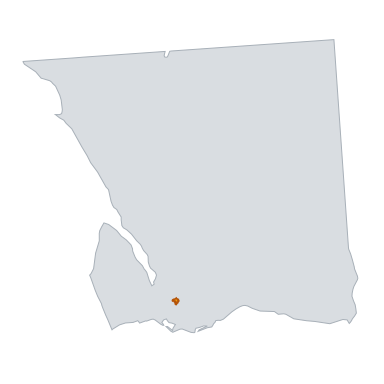 Abu Hammad, Ash Sharqiyah, Egypt shown in context, rotated 176°
{"feature_id": "37247803B30253280006981", "entity_name": "Abu Hammad", "entity_type": "district", "adm_level": 2, "iso_a3": "EGY", "parent_name": "Egypt", "parent_adm1": "Ash Sharqiyah", "projection": "mercator", "projection_center": [31.677, 30.543], "detail": "fine", "context": "in_parent", "style": "filled", "palette": "amber", "viewbox_px": 384, "rotation_deg": 176, "n_neighbors": 0, "source": "geoboundaries", "source_scale": "gbopen_adm2", "svg_char_len": 4253}
<svg xmlns="http://www.w3.org/2000/svg" viewBox="0 0 384 384"><g transform="rotate(176 192 192)"><path d="M351.4,334.0L342.8,334.0L334.2,334.0L325.6,334.0L317.0,334.0L308.4,334.0L299.8,334.0L291.2,334.1L282.6,334.1L274.1,334.1L265.5,334.1L256.9,334.1L248.3,334.1L239.7,334.1L231.1,334.1L222.5,334.1L213.9,334.1L209.0,334.1L209.8,331.6L210.3,329.8L209.7,328.5L208.1,328.2L207.0,328.6L204.4,333.9L203.1,334.1L200.0,334.1L190.0,334.1L180.0,334.1L170.0,334.1L160.0,334.1L149.9,334.1L139.9,334.1L129.9,334.1L119.9,334.1L109.9,334.1L99.9,334.1L89.9,334.1L79.9,334.1L69.9,334.1L59.8,334.1L49.8,334.1L39.8,334.1L39.8,327.7L39.8,321.4L39.8,315.0L39.8,308.6L39.8,302.2L39.8,295.8L39.8,289.4L39.8,283.0L39.8,276.5L39.8,270.1L39.8,263.6L39.8,257.1L39.8,250.7L39.8,244.2L39.8,237.7L39.8,231.1L39.8,224.6L39.8,218.1L39.8,211.5L39.8,204.9L39.8,198.4L39.8,191.8L39.8,185.2L39.8,178.5L39.8,171.9L39.8,165.3L39.8,158.6L39.8,151.9L39.8,145.2L39.8,138.5L39.8,131.8L39.8,125.1L39.6,123.8L38.1,119.2L36.8,113.4L35.4,106.2L35.2,103.9L32.8,96.4L32.6,94.3L33.2,92.8L37.1,86.5L38.3,83.5L39.3,79.8L39.7,76.8L38.5,72.2L37.1,68.1L36.7,63.9L36.5,59.7L38.5,56.9L40.9,54.2L41.8,52.6L43.3,50.8L44.3,49.9L46.2,53.6L50.4,54.3L63.7,51.0L78.5,54.3L86.7,55.6L99.3,58.4L106.9,63.5L109.0,64.1L114.5,64.0L118.1,67.0L132.4,68.5L140.1,71.8L144.4,74.4L147.1,75.2L149.4,75.1L152.5,74.1L156.4,72.2L160.7,69.6L169.5,63.0L172.7,61.9L174.7,62.2L177.2,62.1L178.2,60.3L179.6,59.1L180.4,57.7L181.7,56.0L186.3,55.5L195.6,52.6L194.5,54.0L186.1,57.2L189.7,57.6L193.4,56.5L197.6,55.8L198.4,54.4L198.9,51.9L199.7,51.5L202.7,52.0L211.3,56.0L213.5,56.0L219.6,53.9L220.9,53.4L222.8,54.6L227.3,59.6L225.8,59.5L221.0,55.2L220.5,57.3L217.8,61.0L221.2,62.6L224.0,63.3L225.5,65.3L226.4,67.2L229.2,66.4L231.2,63.9L230.1,62.5L229.4,61.0L230.3,61.0L232.3,62.2L237.7,66.9L239.6,67.9L241.7,67.7L246.2,66.4L247.4,66.6L253.4,64.9L254.1,66.1L255.1,67.4L259.9,66.0L267.5,66.0L273.6,64.5L280.8,60.7L281.4,60.1L281.8,61.1L282.6,63.6L284.8,70.2L286.7,75.3L289.0,82.3L289.8,85.0L290.1,86.9L293.4,94.6L295.5,101.0L296.9,106.1L299.0,113.6L299.9,116.2L298.4,117.6L295.5,122.4L292.4,137.8L287.9,149.7L287.4,157.2L286.7,159.9L284.5,163.6L282.0,167.3L277.4,165.4L269.9,158.9L265.6,152.8L260.9,148.8L256.5,143.5L255.3,139.6L255.3,137.2L253.4,131.2L252.0,128.3L246.6,121.9L245.1,118.5L243.9,117.0L242.7,114.9L240.7,106.5L238.6,101.2L236.2,102.7L236.6,104.9L234.5,108.0L233.2,111.6L234.2,114.5L238.6,118.9L239.5,120.9L240.5,125.1L240.3,130.8L241.0,132.7L244.3,136.9L245.5,139.4L246.2,141.6L247.3,143.5L250.6,147.2L255.3,154.2L259.7,158.8L263.0,161.1L264.3,163.4L264.6,169.2L264.4,172.0L267.2,177.2L268.3,179.8L271.0,182.0L272.2,184.4L273.4,188.4L275.1,200.2L277.5,203.1L284.8,218.5L291.0,228.2L294.0,235.4L298.5,244.2L307.5,263.4L312.8,269.3L314.9,272.6L318.8,275.1L322.9,278.8L319.0,278.4L318.0,278.7L316.6,279.3L315.9,281.5L315.6,283.3L316.1,293.0L317.2,297.9L320.7,307.1L323.3,309.9L324.6,311.7L326.3,313.0L334.6,316.1L339.5,322.8L350.3,331.2L351.4,333.5L351.4,334.0Z" fill="#d9dde1" stroke="#a8b0b8" stroke-width="1"/><path d="M216.2,81.1L215.8,80.7L215.7,80.7L215.4,80.8L215.3,81.0L215.2,81.4L215.1,81.5L214.9,81.8L214.7,81.9L214.6,82.1L214.6,82.3L214.4,82.3L214.2,82.3L214.2,82.5L214.3,82.6L214.4,82.8L214.2,82.8L213.9,82.8L213.7,82.8L213.6,83.0L213.6,83.3L213.4,83.5L213.4,83.8L213.2,83.9L213.0,84.0L212.9,84.0L212.7,84.1L212.7,84.3L212.8,84.3L212.7,84.5L212.8,84.7L213.0,84.6L213.3,84.6L213.2,84.7L213.0,85.0L213.2,85.3L213.3,85.3L213.2,85.5L213.1,85.8L213.7,86.0L213.8,86.0L213.7,86.2L213.8,86.3L214.0,86.3L214.3,86.3L214.4,86.5L214.5,86.6L215.2,87.2L215.2,87.3L215.4,87.2L215.5,87.1L215.8,86.9L216.0,86.7L216.3,86.6L216.5,86.4L216.8,86.3L216.8,86.2L216.9,86.3L217.0,86.3L217.3,86.4L217.5,86.4L218.5,86.0L218.5,85.8L219.0,85.6L219.1,85.4L219.0,85.1L219.1,84.9L218.9,84.8L218.8,84.5L218.4,84.6L217.9,84.7L217.6,84.7L217.4,84.5L217.4,84.1L217.4,83.7L217.2,83.5L216.9,83.8L216.7,83.8L216.4,83.9L216.2,84.0L216.1,83.9L216.0,83.7L215.9,83.6L215.9,83.4L215.9,83.2L216.1,83.1L216.4,83.0L216.5,83.0L216.5,82.9L216.4,82.9L216.4,82.7L216.5,82.4L216.6,82.2L216.6,81.9L216.4,81.9L216.5,81.8L216.5,81.7L216.6,81.4L216.5,81.2L216.5,81.3L216.4,81.3L216.2,81.3L216.2,81.2L216.2,81.1Z" fill="#f59e0b" stroke="#b45309" stroke-width="1.5"/></g></svg>